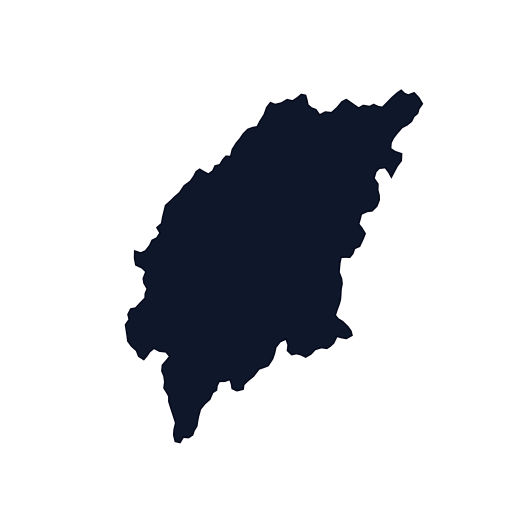 São José do Calçado, Espírito Santo, Brazil, rotated 196°
{"feature_id": "56859067B24817345610038", "entity_name": "São José do Calçado", "entity_type": "district", "adm_level": 2, "iso_a3": "BRA", "parent_name": "Brazil", "parent_adm1": "Espírito Santo", "projection": "orthographic", "projection_center": [-41.661, -20.976], "detail": "fine", "context": "isolated", "style": "filled", "palette": "ink", "viewbox_px": 512, "rotation_deg": 196, "n_neighbors": 0, "source": "geoboundaries", "source_scale": "gbopen_adm2", "svg_char_len": 2757}
<svg xmlns="http://www.w3.org/2000/svg" viewBox="0 0 512 512"><g transform="rotate(196 256 256)"><path d="M290.4,78.2L287.2,73.4L286.9,66.6L285.8,61.3L282.5,55.5L277.6,55.7L276.0,61.8L270.8,62.8L267.6,66.5L267.4,71.2L266.0,76.2L266.7,81.3L267.1,86.0L267.2,93.5L264.4,100.0L260.9,105.5L260.0,112.8L257.0,116.1L257.7,120.6L256.9,125.3L251.4,127.0L247.0,130.1L244.2,126.0L242.4,122.0L237.2,121.2L231.6,124.4L232.3,128.9L229.6,133.7L225.3,139.8L222.0,148.2L217.9,151.0L214.1,153.9L211.7,161.7L211.4,167.7L211.8,173.7L209.2,180.2L204.2,184.5L200.6,179.3L199.7,173.7L194.5,171.0L190.3,173.3L185.7,173.5L180.4,172.5L176.1,177.0L173.4,182.4L167.8,186.0L162.4,186.7L159.7,189.9L157.4,193.7L156.1,201.1L151.4,201.1L146.4,201.6L141.8,206.2L144.1,210.1L148.3,213.4L154.6,216.8L159.9,218.3L163.5,220.9L163.3,226.7L162.8,233.1L162.9,237.5L163.8,242.0L165.1,247.6L165.6,253.1L167.5,257.7L171.7,263.3L173.4,272.1L173.9,278.2L169.8,279.6L165.5,280.6L163.6,285.0L163.3,290.4L159.1,293.8L157.9,301.1L157.2,307.6L162.0,312.1L166.1,315.0L166.1,320.5L166.3,325.3L161.5,329.4L156.8,331.4L153.6,337.2L153.0,343.9L154.4,348.3L157.1,352.8L158.6,358.8L164.0,363.2L164.0,370.0L161.8,374.2L156.1,376.6L151.5,373.1L147.6,369.1L146.2,376.0L145.0,381.5L142.6,387.7L144.2,394.4L151.0,394.7L156.2,396.3L157.4,402.1L156.4,407.4L154.1,413.2L151.0,419.8L146.9,423.6L143.6,428.4L142.7,433.6L140.0,437.6L140.0,442.4L138.0,448.2L143.2,453.0L149.0,456.5L154.0,452.7L158.2,453.2L162.1,455.4L165.4,451.3L169.0,445.7L172.3,439.5L175.5,433.7L179.9,433.3L184.7,434.1L187.9,431.0L194.4,430.3L198.1,426.5L212.3,431.3L215.9,427.9L218.9,421.0L222.9,414.6L229.1,413.5L233.7,409.1L238.8,413.2L243.6,413.6L247.8,415.6L250.0,419.9L252.6,424.1L257.0,423.8L259.7,419.7L263.5,415.2L269.2,414.9L273.7,410.1L279.4,406.9L284.4,407.4L286.6,401.8L287.1,394.1L289.4,386.3L290.5,380.5L294.5,378.6L298.8,375.5L301.8,370.1L303.8,364.1L306.0,359.3L308.1,352.0L307.8,344.6L312.3,343.7L314.4,339.4L315.9,333.8L320.2,331.3L321.0,325.9L324.3,321.6L328.9,322.5L334.1,323.9L336.8,320.5L337.7,315.6L339.7,309.7L344.4,303.7L346.9,295.8L350.6,290.2L353.2,285.5L356.9,279.7L356.6,273.1L356.4,267.6L355.7,261.2L359.1,256.0L354.6,251.7L356.4,245.9L360.2,242.5L361.1,236.8L363.6,230.5L367.6,227.1L374.0,227.4L372.1,220.2L369.0,214.2L362.5,213.2L357.5,210.6L358.2,203.3L356.2,199.0L351.5,194.5L352.1,189.3L351.0,185.0L354.6,178.4L357.4,172.8L361.8,170.6L363.0,164.6L360.4,160.0L362.5,154.0L360.0,148.4L357.8,143.7L355.8,138.9L350.8,135.0L344.8,132.1L341.2,127.3L335.3,125.5L333.3,130.1L331.9,134.5L328.7,139.2L322.5,137.9L316.2,139.0L311.3,135.7L313.2,131.1L315.9,125.3L314.8,119.5L311.5,115.4L309.0,109.9L308.1,103.7L304.5,100.5L301.1,97.1L299.7,92.1L294.6,84.4L290.4,78.2Z" fill="#0f172a" stroke="#020617" stroke-width="1.5"/></g></svg>